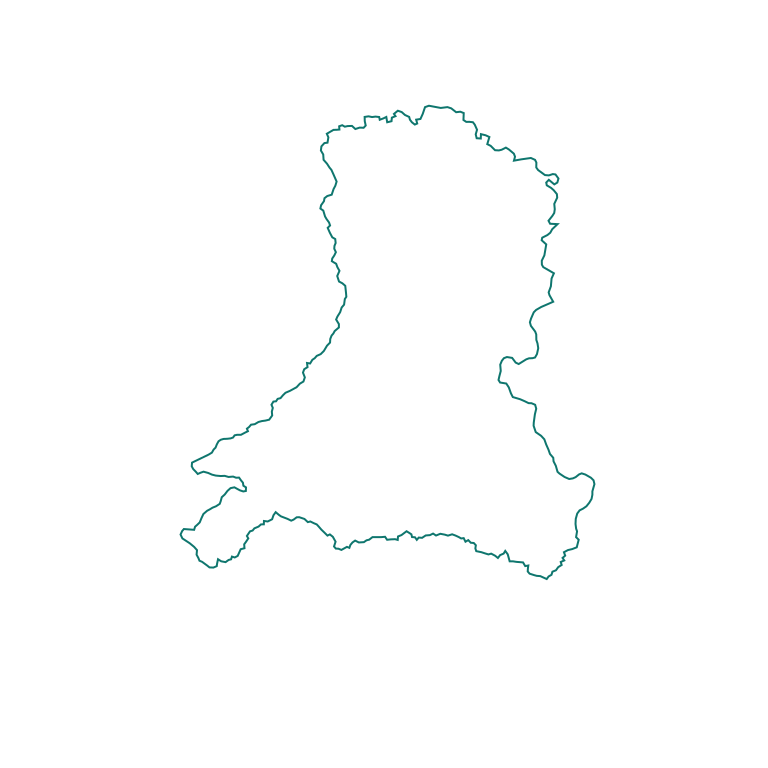 the district of Iaciara, Goiás, Brazil, rotated 152°
{"feature_id": "56859067B33640833107150", "entity_name": "Iaciara", "entity_type": "district", "adm_level": 2, "iso_a3": "BRA", "parent_name": "Brazil", "parent_adm1": "Goiás", "projection": "orthographic", "projection_center": [-46.724, -14.085], "detail": "fine", "context": "isolated", "style": "outline", "palette": "teal", "viewbox_px": 768, "rotation_deg": 152, "n_neighbors": 0, "source": "geoboundaries", "source_scale": "gbopen_adm2", "svg_char_len": 5974}
<svg xmlns="http://www.w3.org/2000/svg" viewBox="0 0 768 768"><g transform="rotate(152 384 384)"><path d="M291.1,626.9L295.0,628.8L297.8,629.6L299.4,632.1L302.6,632.6L303.9,629.6L306.7,630.8L309.3,632.1L317.0,631.8L317.3,627.9L320.6,623.6L323.5,624.7L327.7,623.2L330.1,619.8L329.9,615.2L332.1,610.3L330.9,605.3L330.5,600.6L329.9,597.8L330.2,592.9L330.8,585.0L333.9,581.9L337.0,579.8L341.3,575.7L345.8,576.6L349.3,576.0L351.2,573.6L355.6,571.4L357.8,568.8L356.2,565.6L357.4,559.6L357.3,556.7L356.7,552.4L357.2,549.3L360.4,548.3L360.8,543.0L360.8,537.8L359.0,534.9L360.5,531.2L362.9,529.2L364.4,526.8L364.6,523.0L367.6,520.8L370.8,519.1L372.4,516.9L369.8,512.6L370.3,509.1L370.2,504.8L374.6,501.3L375.6,495.6L373.5,492.5L372.1,488.9L374.8,482.2L376.3,478.7L378.7,477.4L382.0,472.8L385.5,471.4L389.0,468.0L393.5,465.4L396.0,463.4L395.7,458.1L397.3,455.1L402.7,453.9L405.1,452.3L407.5,451.4L410.3,449.0L412.2,445.9L416.3,444.6L421.6,441.4L425.9,440.1L430.2,440.4L433.1,439.3L435.9,439.0L439.6,436.8L442.1,438.7L443.6,434.8L447.5,434.5L450.2,432.1L450.8,427.0L454.0,424.0L458.1,423.8L462.7,422.2L470.2,422.1L475.1,422.5L478.5,421.5L482.0,420.1L484.9,420.8L487.4,419.4L489.9,420.4L493.1,418.5L493.4,415.1L496.0,412.3L497.5,408.7L502.1,406.4L506.0,407.4L509.2,408.6L512.7,409.4L517.0,409.2L520.5,410.5L523.2,409.4L526.0,408.9L526.3,406.2L529.2,406.3L534.1,406.3L537.5,408.1L540.0,408.8L542.4,407.6L545.0,408.0L548.3,409.3L551.4,410.8L554.3,411.4L557.0,411.1L559.9,409.2L562.6,406.9L565.2,406.1L568.2,404.2L572.0,404.0L590.4,404.7L592.4,401.6L592.4,398.5L591.3,394.7L590.7,392.0L587.7,391.8L584.5,391.3L581.0,388.0L578.4,384.7L575.5,382.1L571.4,379.4L567.8,377.7L564.9,374.9L560.7,373.1L558.6,370.7L555.9,369.4L555.5,366.0L554.9,363.1L555.9,360.2L554.4,357.5L556.2,354.4L558.7,355.2L561.1,357.7L562.9,360.4L564.6,363.0L568.4,364.1L572.4,363.1L576.5,361.2L580.4,360.2L583.2,357.2L585.3,355.3L589.7,354.9L593.5,355.3L596.5,355.1L599.7,355.1L604.5,354.0L608.2,351.2L611.7,348.3L615.2,347.3L617.8,346.7L620.1,344.4L628.8,349.9L631.3,348.9L634.3,346.6L634.5,342.3L630.3,334.6L628.1,329.3L627.1,325.1L629.6,321.3L629.6,317.4L629.9,314.6L628.1,312.4L625.4,306.8L624.2,304.0L620.8,302.0L617.2,301.7L615.6,303.9L612.8,307.2L611.0,303.9L607.5,301.1L603.8,301.6L601.3,301.0L599.3,303.0L597.2,300.9L593.9,300.9L588.1,305.4L584.3,304.5L582.7,308.1L580.4,309.2L576.3,311.4L576.4,314.2L571.5,316.8L568.8,316.3L566.2,317.4L561.7,317.0L558.5,317.8L556.0,316.5L554.3,319.4L551.2,317.2L546.3,317.1L543.2,320.0L539.8,321.7L538.3,317.9L537.1,315.5L532.5,310.2L530.1,306.9L527.5,306.7L523.7,307.3L521.4,306.2L517.6,302.2L516.1,297.8L513.6,297.2L511.2,293.9L509.3,291.6L508.6,288.9L507.7,284.9L506.4,280.9L505.1,276.7L502.4,276.6L500.9,273.1L500.8,267.5L504.4,264.0L503.8,261.3L501.6,260.0L499.5,257.5L493.2,257.6L491.5,255.6L489.2,257.7L486.2,258.9L483.0,259.3L480.6,255.9L476.0,253.8L472.8,254.2L470.2,253.5L466.1,254.2L461.6,251.8L458.1,250.0L454.8,248.6L454.4,245.0L451.1,243.7L447.1,241.8L445.1,239.9L443.2,242.8L439.5,242.4L433.2,243.4L431.7,240.8L430.4,238.4L431.1,235.7L428.6,234.1L428.2,231.0L425.4,232.1L422.6,230.3L418.3,230.7L414.4,229.0L410.9,228.9L409.2,225.8L404.6,225.3L401.0,222.4L398.7,220.1L394.4,219.3L392.0,216.6L389.8,213.7L388.4,211.4L386.0,210.5L386.1,206.5L382.9,206.6L381.9,203.1L379.4,201.5L378.6,198.5L380.5,196.0L381.0,193.1L377.0,189.8L374.5,187.2L371.8,184.5L369.0,183.9L366.5,180.2L365.1,176.9L361.8,178.4L358.0,178.1L355.3,179.7L354.7,175.5L356.3,168.4L353.4,166.9L350.6,164.8L345.0,161.2L344.8,156.9L341.8,156.0L343.6,153.5L345.1,151.0L344.5,148.2L341.2,144.8L339.2,142.9L336.2,141.0L331.9,135.4L329.0,136.8L325.7,136.9L323.4,139.2L319.6,138.8L316.2,140.5L312.1,140.8L311.5,143.9L307.7,143.6L308.0,146.6L304.6,147.4L304.1,151.0L299.5,151.0L295.4,149.9L290.5,149.3L285.2,155.1L286.3,158.6L282.7,163.3L282.3,166.0L280.6,170.5L278.0,174.9L274.2,178.9L270.6,180.6L266.9,180.5L262.7,181.0L258.5,182.8L254.7,185.1L252.0,188.4L250.4,191.4L245.2,196.8L244.2,200.6L245.3,204.1L248.7,209.5L251.4,212.3L254.2,212.6L258.5,211.8L261.6,212.0L265.1,213.2L268.2,217.1L271.1,222.5L272.0,225.0L270.7,231.1L270.6,236.1L269.2,239.4L270.3,244.3L269.6,248.8L269.2,254.4L268.4,259.9L269.6,264.5L272.6,270.3L271.5,276.9L269.9,279.6L265.0,286.4L261.2,290.7L260.3,294.7L262.8,297.8L265.3,299.2L267.9,302.8L271.0,306.7L276.4,312.0L276.3,316.2L275.4,322.4L275.8,327.0L280.8,330.8L281.0,333.8L278.4,336.8L274.8,340.7L272.3,346.5L269.0,349.2L266.0,350.5L262.8,350.1L258.6,346.9L257.7,341.1L255.7,338.4L246.8,339.0L243.9,338.6L240.8,337.1L238.2,336.5L234.9,338.6L231.0,343.2L229.4,347.8L228.8,351.4L226.3,356.3L225.9,359.3L227.0,366.4L226.2,370.0L223.5,372.7L218.1,377.0L214.9,378.0L209.0,378.2L200.2,377.5L196.0,377.2L196.2,384.7L195.6,387.6L190.8,391.9L186.5,398.5L182.0,402.0L188.5,412.4L188.6,415.2L186.8,418.8L182.0,422.3L175.2,431.1L177.3,436.9L175.6,438.9L169.8,438.8L166.2,439.5L162.8,441.7L155.7,443.7L162.1,447.5L162.1,450.9L156.4,453.4L153.4,455.1L151.2,458.1L149.1,463.1L143.6,467.2L142.2,470.5L143.2,475.5L144.4,478.7L147.0,483.0L146.2,485.7L142.6,486.9L139.9,480.3L136.4,480.5L133.5,483.5L134.2,488.5L136.4,490.1L140.5,490.8L143.8,492.9L147.5,500.6L147.9,503.7L145.5,508.0L145.4,511.0L148.2,514.6L157.3,517.9L164.4,520.2L161.6,523.2L161.2,526.4L163.6,532.4L165.4,535.5L170.1,535.6L172.9,536.3L176.2,538.3L178.0,544.2L180.2,547.3L175.0,552.6L177.5,555.9L181.1,559.1L183.3,555.3L186.8,557.5L185.8,561.4L182.5,564.8L182.1,570.4L182.6,573.4L185.7,575.5L188.3,576.8L189.9,579.8L186.4,585.8L188.8,588.6L192.7,590.1L195.2,595.8L198.0,598.7L204.3,601.1L213.7,608.6L217.8,609.2L223.0,604.3L227.4,600.9L231.5,602.3L232.4,598.4L235.0,598.6L236.5,602.0L237.0,605.2L236.4,608.0L239.2,611.7L240.7,615.8L243.5,618.8L248.4,617.8L248.1,615.1L252.0,615.5L254.0,612.5L258.3,613.6L256.6,618.7L259.7,618.8L263.7,619.3L262.9,622.0L266.0,624.1L269.2,625.3L272.0,627.6L275.7,628.9L277.6,625.1L278.8,620.8L281.7,619.8L285.1,621.8L289.6,622.6L291.1,626.9Z" fill="none" stroke="#0f766e" stroke-width="2"/></g></svg>